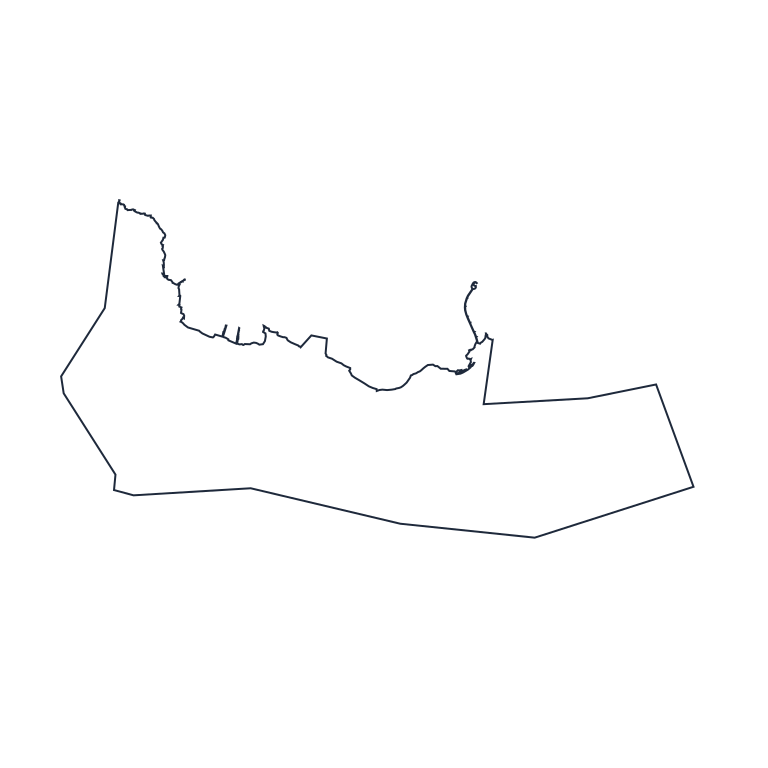 70, Al Daayen, Qatar, rotated 278°
{"feature_id": "91078587B85079353631459", "entity_name": "70", "entity_type": "district", "adm_level": 2, "iso_a3": "QAT", "parent_name": "Qatar", "parent_adm1": "Al Daayen", "projection": "robinson", "projection_center": [51.51, 25.511], "detail": "fine", "context": "isolated", "style": "outline", "palette": "slate", "viewbox_px": 768, "rotation_deg": 278, "n_neighbors": 0, "source": "geoboundaries", "source_scale": "gbopen_adm2", "svg_char_len": 5908}
<svg xmlns="http://www.w3.org/2000/svg" viewBox="0 0 768 768"><g transform="rotate(278 384 384)"><path d="M421.4,653.5L398.2,587.7L377.9,485.5L442.8,485.5L442.7,485.3L443.7,481.2L445.1,479.8L447.0,479.4L447.4,478.5L448.2,478.1L448.2,477.9L446.9,478.3L446.5,477.9L443.6,477.9L442.5,477.4L439.5,475.5L438.2,473.9L437.3,473.5L437.7,471.2L443.5,468.7L443.7,468.9L443.8,468.5L445.5,467.6L448.1,466.0L448.3,466.2L448.4,465.7L455.0,461.5L456.2,460.9L456.4,461.1L456.6,461.1L456.5,460.8L458.2,459.7L462.3,457.2L462.6,457.4L462.7,456.9L464.3,456.0L465.6,455.4L468.7,454.2L471.5,453.7L472.2,453.6L472.4,454.0L472.6,453.9L472.7,453.7L472.8,453.5L475.2,453.4L480.6,454.3L480.7,454.7L481.0,454.7L481.2,454.4L482.8,455.0L490.2,458.6L490.4,459.0L490.9,460.4L491.5,461.1L492.4,461.5L493.8,461.3L493.8,460.3L494.0,459.8L494.2,459.4L494.8,458.8L495.3,458.8L495.7,458.9L496.7,459.3L496.9,459.7L497.1,460.2L497.0,459.6L496.7,459.1L496.3,458.9L496.0,458.6L497.2,459.1L497.5,460.2L497.4,460.9L497.2,461.2L497.1,461.4L496.8,461.7L496.9,461.8L497.4,461.2L497.7,460.4L497.6,459.8L497.4,459.3L496.9,458.6L495.8,458.0L493.1,457.1L492.7,457.1L492.3,457.2L490.2,458.3L483.2,454.8L480.3,453.9L474.9,453.1L472.1,453.3L471.0,453.4L468.3,454.0L464.1,455.8L460.1,458.1L455.8,460.8L448.0,465.6L445.8,467.1L441.5,469.2L439.3,470.2L436.1,468.9L433.7,468.4L432.9,468.6L430.6,466.9L429.9,464.8L429.5,465.0L429.1,463.6L428.0,464.1L425.0,462.6L423.5,461.4L422.7,461.6L420.8,462.8L420.6,463.5L421.0,464.5L420.4,465.6L421.0,466.7L419.8,466.4L417.8,467.0L413.4,465.3L412.9,465.6L414.8,466.8L414.9,467.9L415.8,469.2L417.5,470.0L417.5,470.4L415.5,469.7L414.2,469.0L413.6,467.8L412.5,467.4L409.9,465.1L406.4,460.7L404.9,458.3L403.7,454.3L404.3,453.9L405.7,457.5L410.3,464.2L409.3,462.2L407.7,459.8L408.6,460.3L407.4,458.4L407.0,457.3L408.3,457.8L408.0,457.0L407.9,455.2L406.5,454.2L405.8,453.1L406.3,452.3L406.0,446.9L407.9,444.7L407.0,438.1L409.2,434.4L408.8,432.4L410.0,429.8L408.9,424.8L406.7,422.4L405.0,420.8L402.7,418.9L401.4,417.6L400.6,416.1L399.0,414.2L397.9,411.7L396.9,410.8L396.2,409.4L393.8,408.9L388.5,406.2L386.3,404.4L384.7,403.0L383.1,401.2L382.2,399.5L381.2,396.6L380.6,396.0L379.5,392.5L378.4,387.9L378.2,383.2L377.4,380.3L376.1,377.8L377.9,377.4L378.5,373.4L379.6,369.3L381.8,364.7L384.3,358.9L386.2,354.3L388.0,350.9L389.5,350.0L390.3,349.4L392.3,347.7L393.8,348.5L395.1,348.3L395.6,346.2L396.1,344.1L397.0,341.5L398.5,339.0L399.5,334.0L401.8,329.0L402.6,324.7L403.4,323.6L403.8,322.8L404.8,322.9L406.1,321.9L421.1,321.1L422.0,305.3L408.7,296.3L409.5,295.4L409.5,294.4L410.2,293.7L411.0,290.5L412.3,285.9L413.7,282.9L414.3,282.2L416.1,281.0L416.5,279.1L416.3,277.6L416.7,275.1L417.3,272.4L418.0,271.5L419.9,271.7L420.4,271.1L420.0,270.4L420.0,267.4L420.1,265.4L420.7,263.0L422.8,262.2L423.3,259.5L423.7,259.3L424.1,258.2L424.6,257.8L425.0,256.7L423.8,257.1L422.7,257.8L420.1,257.5L419.4,257.0L418.7,257.0L417.6,259.6L414.6,260.3L409.9,260.1L406.6,258.6L405.6,255.1L406.4,253.4L406.9,251.6L406.9,249.3L405.8,247.0L404.7,245.8L404.2,240.6L403.1,239.4L403.1,238.9L403.7,237.7L403.1,235.4L403.5,233.0L407.2,233.0L408.4,233.5L409.2,233.3L410.2,233.3L411.2,233.1L412.3,232.9L412.7,233.0L413.2,232.7L416.7,232.9L417.0,233.0L417.5,232.8L419.2,232.9L419.3,232.7L412.9,232.4L412.0,232.4L410.9,232.1L409.7,232.1L409.3,232.2L408.4,232.1L407.3,232.3L403.4,231.9L405.6,223.8L406.6,223.6L407.8,220.7L408.0,219.0L409.0,218.0L412.9,218.7L419.9,219.8L419.9,219.2L416.8,219.0L416.6,218.6L413.9,218.3L413.4,217.7L408.4,217.4L409.5,209.9L407.3,209.0L406.3,208.1L406.5,204.6L408.8,197.1L410.4,194.2L411.0,193.6L412.7,182.0L414.9,178.0L416.0,176.8L417.1,175.1L417.4,173.9L417.9,174.2L419.0,174.2L420.6,175.4L421.7,175.7L421.2,176.8L423.9,176.6L425.3,175.7L425.9,173.4L426.1,173.1L429.4,173.1L430.0,172.5L431.6,172.8L432.2,170.5L433.8,170.5L433.8,169.4L434.9,170.2L442.6,170.0L442.6,168.8L443.5,169.4L443.9,169.0L449.3,167.9L450.4,167.1L452.6,167.2L453.1,167.5L453.9,167.2L454.3,167.7L455.1,167.1L457.6,170.0L457.5,170.4L457.9,170.4L459.3,171.8L459.3,172.1L459.4,172.3L459.5,172.3L459.8,172.2L459.8,171.9L459.7,171.8L459.6,171.7L459.4,171.8L458.0,170.3L458.0,170.2L457.9,170.0L457.7,170.0L456.9,168.9L456.8,168.6L456.6,168.4L456.4,168.3L454.9,166.5L453.6,165.9L453.7,165.4L453.5,164.9L453.8,163.4L454.6,161.4L454.7,160.7L455.0,160.7L457.1,158.7L457.2,158.4L457.2,156.1L457.8,154.9L459.2,153.8L459.2,152.0L460.3,152.1L460.3,154.4L460.8,154.4L460.3,150.9L461.4,150.9L461.6,149.7L462.5,149.2L462.5,150.9L470.2,148.6L469.7,149.6L470.9,149.3L471.1,149.5L474.0,148.9L475.7,148.1L475.7,148.9L475.8,149.0L477.9,149.1L478.4,149.4L480.9,149.5L481.6,149.3L484.3,147.6L486.3,145.7L487.1,145.5L487.8,146.0L489.6,145.9L489.9,145.4L490.9,145.8L491.3,144.6L492.1,143.8L492.5,143.7L493.0,143.4L493.4,143.7L494.9,144.4L495.1,144.6L495.6,144.7L495.9,145.0L498.2,145.2L498.4,146.4L499.2,146.6L500.9,146.7L502.6,145.6L503.4,144.1L504.8,143.2L506.2,141.8L506.7,140.6L508.6,139.2L509.8,138.5L510.8,137.9L511.2,137.5L511.4,136.6L511.9,136.6L512.8,135.4L514.3,133.8L515.4,133.3L516.3,132.0L516.4,131.9L516.4,130.2L516.7,130.2L516.8,129.7L518.4,129.6L518.1,127.7L517.7,126.9L517.9,125.6L518.0,124.6L518.3,123.7L519.4,123.5L519.4,123.3L519.5,123.2L519.3,122.6L519.4,122.2L519.1,121.6L518.6,119.2L519.0,119.1L519.0,118.9L519.5,117.1L519.4,115.8L519.8,114.7L520.2,113.6L520.3,113.4L520.5,112.9L521.4,113.1L521.4,112.3L521.7,112.3L522.0,111.4L521.9,110.8L521.5,109.8L521.1,109.4L521.1,108.7L520.5,105.9L521.1,105.5L521.1,105.3L521.2,105.2L521.5,103.5L522.7,102.9L523.6,102.9L523.6,102.4L524.5,102.2L524.7,101.8L525.3,101.6L525.6,100.7L525.3,98.4L526.0,98.3L526.5,97.2L526.4,97.2L526.4,96.9L526.1,96.8L526.2,96.1L528.5,96.4L528.7,96.6L529.1,96.6L529.1,96.2L528.6,96.3L527.4,96.1L526.4,96.1L526.4,95.6L420.3,96.9L346.6,63.2L330.2,68.1L256.9,130.7L241.4,131.4L238.9,151.5L262.2,266.5L247.9,419.6L252.8,554.6L325.3,704.8L421.4,653.5Z" fill="none" stroke="#1e293b" stroke-width="2"/></g></svg>